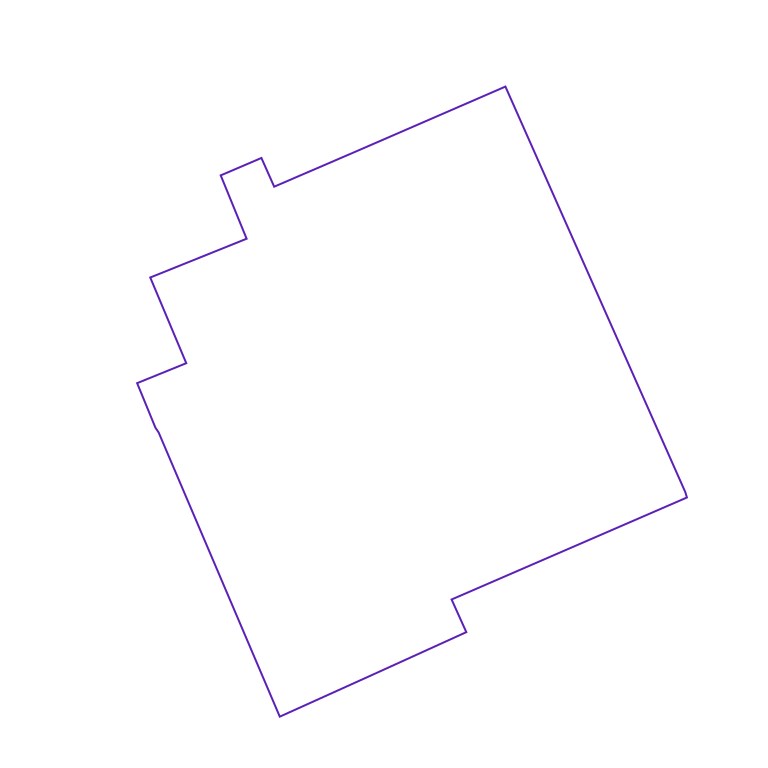 outline of Muskingum, Ohio, United States of America, rotated 64°
{"feature_id": "52423323B20353272340555", "entity_name": "Muskingum", "entity_type": "district", "adm_level": 2, "iso_a3": "USA", "parent_name": "United States of America", "parent_adm1": "Ohio", "projection": "robinson", "projection_center": [-81.974, 39.961], "detail": "fine", "context": "isolated", "style": "outline", "palette": "violet", "viewbox_px": 768, "rotation_deg": 64, "n_neighbors": 0, "source": "geoboundaries", "source_scale": "gbopen_adm2", "svg_char_len": 381}
<svg xmlns="http://www.w3.org/2000/svg" viewBox="0 0 768 768"><g transform="rotate(64 384 384)"><path d="M618.8,161.5L613.4,160.6L169.9,144.5L162.4,313.9L158.5,396.2L127.1,395.1L124.9,439.3L193.2,443.8L185.8,547.4L278.6,552.6L275.0,605.5L323.2,608.6L328.7,607.8L637.3,623.5L640.3,521.8L643.1,418.8L607.3,417.7L618.8,161.5Z" fill="none" stroke="#5b21b6" stroke-width="2"/></g></svg>